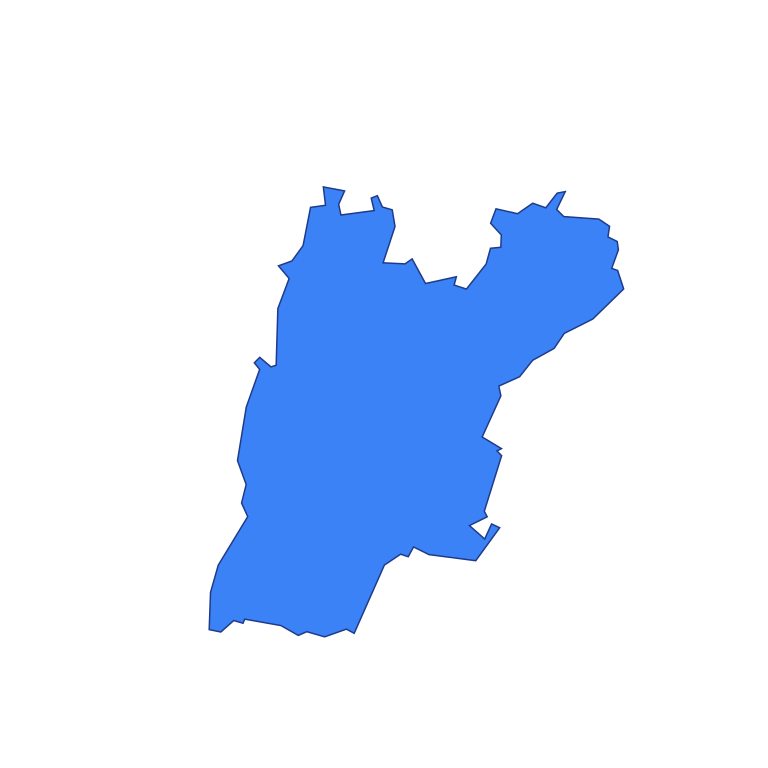 Lozovo, Lozovo, North Macedonia (Albers equal-area conic projection), rotated 240°
{"feature_id": "65306769B81455536397038", "entity_name": "Lozovo", "entity_type": "district", "adm_level": 2, "iso_a3": "MKD", "parent_name": "North Macedonia", "parent_adm1": "Lozovo", "projection": "albers", "projection_center": [21.925, 41.756], "detail": "fine", "context": "isolated", "style": "filled", "palette": "blue", "viewbox_px": 768, "rotation_deg": 240, "n_neighbors": 0, "source": "geoboundaries", "source_scale": "gbopen_adm2", "svg_char_len": 1275}
<svg xmlns="http://www.w3.org/2000/svg" viewBox="0 0 768 768"><g transform="rotate(240 384 384)"><path d="M269.3,453.4L289.0,442.5L315.3,479.3L324.8,482.4L322.5,505.1L330.2,524.6L329.8,549.2L337.7,565.4L335.9,597.4L346.5,639.1L365.5,643.1L370.3,639.0L383.0,654.1L390.8,657.2L399.4,651.5L407.8,658.2L419.4,652.5L439.1,623.4L448.8,620.8L460.0,637.2L462.7,629.4L455.7,612.2L466.2,603.2L464.7,584.8L479.7,568.6L469.9,556.7L454.4,560.1L444.0,553.5L448.3,544.1L436.8,532.4L425.0,502.8L434.6,494.2L440.7,500.3L450.3,470.2L478.3,470.9L477.5,462.3L489.4,443.8L514.9,472.3L530.7,478.2L538.1,471.1L550.4,472.4L551.4,465.9L539.1,462.2L551.9,431.2L562.3,434.6L570.9,446.4L585.0,430.0L568.0,422.7L573.7,408.7L544.3,383.1L536.6,365.8L539.1,351.7L522.8,354.6L502.4,329.8L454.2,300.0L455.3,294.7L469.2,289.7L467.2,282.3L458.8,283.6L432.9,253.2L390.9,218.8L365.9,214.4L352.1,201.1L337.3,199.7L310.0,149.9L290.3,129.6L258.7,109.8L250.8,118.7L254.3,135.6L247.3,142.3L250.0,145.8L226.4,173.9L209.1,184.1L208.1,193.3L194.7,206.2L190.5,228.9L183.0,233.5L227.0,293.8L228.3,313.3L222.3,318.6L228.1,328.1L213.8,337.6L185.1,375.1L201.7,412.3L209.0,407.2L199.4,393.7L218.7,387.2L217.4,407.0L223.6,407.2L263.1,450.0L269.6,448.4L269.3,453.4Z" fill="#3b82f6" stroke="#1e3a8a" stroke-width="1.5"/></g></svg>